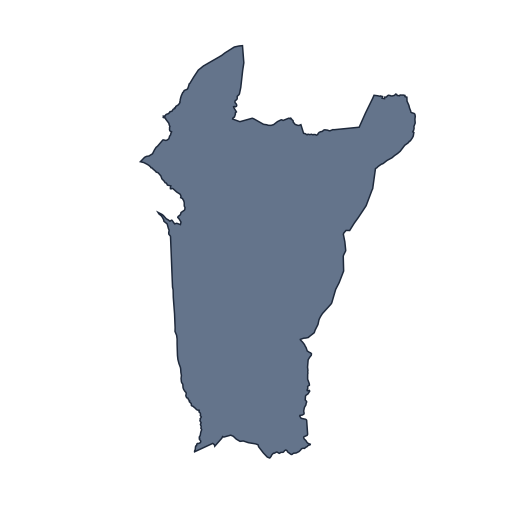 the district of Charapan, Michoacán, Mexico, rotated 191°
{"feature_id": "50627088B69294941658253", "entity_name": "Charapan", "entity_type": "district", "adm_level": 2, "iso_a3": "MEX", "parent_name": "Mexico", "parent_adm1": "Michoacán", "projection": "mercator", "projection_center": [-102.229, 19.697], "detail": "fine", "context": "isolated", "style": "filled", "palette": "slate", "viewbox_px": 512, "rotation_deg": 191, "n_neighbors": 0, "source": "geoboundaries", "source_scale": "gbopen_adm2", "svg_char_len": 6053}
<svg xmlns="http://www.w3.org/2000/svg" viewBox="0 0 512 512"><g transform="rotate(191 256 256)"><path d="M166.8,81.6L168.7,81.9L170.1,82.5L171.9,84.4L173.8,85.6L174.5,86.6L174.6,87.3L174.3,87.8L171.6,89.7L171.3,90.9L174.9,104.3L175.3,104.8L176.2,105.2L180.7,105.3L182.6,107.2L182.5,107.9L180.2,108.7L178.8,110.0L178.8,110.9L179.6,112.9L179.6,115.8L179.5,116.9L178.6,119.3L178.7,121.0L178.4,122.3L178.6,122.9L180.2,124.1L180.7,128.0L180.2,129.0L178.7,130.5L177.5,133.5L177.8,134.1L178.2,134.3L179.6,133.6L180.0,133.6L180.3,134.2L179.9,136.0L180.4,137.7L180.0,138.4L179.1,139.1L178.9,139.5L179.5,141.1L181.8,144.9L182.7,149.6L182.7,150.8L183.2,152.5L183.2,153.6L184.2,156.7L185.0,164.1L184.0,166.8L182.8,169.1L182.9,170.6L183.8,171.3L185.2,171.6L187.6,172.6L189.4,175.7L190.7,177.1L191.5,178.3L193.9,180.4L196.0,181.8L196.5,182.2L196.6,182.6L193.5,184.4L191.4,185.0L188.9,186.1L188.8,186.5L184.2,191.8L183.8,194.6L182.1,200.6L182.0,205.5L181.5,207.6L180.8,209.7L179.8,212.2L173.2,223.1L172.7,224.4L171.4,238.5L169.3,245.7L167.1,258.0L170.3,272.4L170.2,273.6L169.0,278.0L169.0,278.6L171.5,286.9L174.4,294.0L174.2,295.3L172.5,298.3L168.9,298.9L165.9,306.8L163.0,313.1L157.5,326.3L154.7,342.8L154.3,344.3L155.4,364.6L154.0,365.9L153.3,367.1L150.2,370.3L149.5,370.5L148.7,371.2L145.5,374.9L141.2,378.4L139.1,381.1L136.6,383.6L134.4,386.4L131.1,393.1L128.3,396.0L127.5,397.4L127.4,397.9L126.5,398.4L125.0,401.9L124.5,403.7L124.6,407.4L125.8,407.8L125.2,409.7L125.2,411.6L125.7,413.3L125.1,416.9L126.1,420.6L126.3,423.5L127.1,425.5L128.0,426.1L130.6,426.4L131.5,426.8L131.8,427.8L133.5,430.5L134.7,433.1L137.3,436.8L138.2,440.7L140.0,440.8L140.3,441.1L140.4,442.0L141.8,442.1L145.3,441.5L145.7,440.7L148.0,440.5L148.8,441.5L149.8,441.6L150.7,440.1L153.0,439.0L154.5,438.9L154.7,439.1L156.5,439.1L156.8,439.0L157.6,438.2L158.3,436.9L159.9,436.6L159.8,435.0L162.3,434.9L162.2,436.7L164.4,436.8L164.5,436.4L167.1,436.5L170.8,436.3L171.6,432.8L175.8,417.2L179.3,402.1L203.3,394.9L204.7,394.7L207.3,393.0L208.0,392.9L209.9,393.2L212.6,393.0L213.7,392.4L214.6,391.0L216.1,390.4L217.5,389.5L218.4,388.1L218.6,387.0L219.8,386.1L220.8,386.5L222.5,386.3L223.0,385.9L223.9,385.9L224.8,386.1L226.4,385.4L228.0,385.5L228.5,385.3L228.7,384.9L229.3,384.8L231.1,385.5L232.7,385.5L237.0,393.5L238.7,392.4L239.7,392.2L242.4,392.6L243.1,392.9L244.0,393.8L244.8,394.2L245.5,396.0L246.3,396.4L248.1,397.9L248.3,397.3L248.6,397.2L249.6,397.6L250.2,397.5L255.3,394.2L256.6,394.6L257.3,394.5L260.6,392.0L263.7,388.4L266.1,387.1L269.2,386.6L270.4,386.9L273.7,386.7L284.5,390.3L286.0,390.5L297.2,384.9L297.7,384.8L305.1,386.0L305.1,386.7L304.3,387.9L303.7,388.2L303.3,391.2L303.6,392.6L302.7,393.7L306.1,397.4L306.5,398.3L305.8,398.6L304.8,398.5L303.9,399.1L303.6,399.8L303.9,400.8L304.7,401.8L305.7,402.4L306.1,403.2L306.1,404.0L305.9,404.7L305.4,405.1L304.6,406.2L304.5,407.0L304.9,409.2L303.5,411.1L303.2,412.1L303.1,418.4L304.5,435.8L304.8,443.3L309.4,459.9L312.8,458.9L317.2,457.0L325.1,449.6L327.9,446.4L343.8,432.6L348.1,427.5L351.3,419.8L353.9,412.7L354.4,412.3L354.7,408.9L355.0,407.3L355.5,406.4L357.9,404.9L358.3,404.2L358.4,403.3L359.1,402.5L359.9,399.0L360.1,397.3L360.2,394.8L360.0,393.7L360.2,392.7L359.9,392.1L361.0,389.7L363.3,387.5L363.4,386.4L363.8,385.4L364.3,385.6L364.6,384.6L365.3,384.2L366.2,382.0L368.0,381.3L368.0,380.7L369.2,379.0L371.1,377.9L371.6,377.2L372.1,375.7L372.9,375.9L373.7,375.6L373.5,375.3L373.5,374.3L371.1,374.0L370.8,373.2L366.9,369.7L366.2,368.1L365.2,366.7L365.4,365.7L365.2,365.1L365.1,363.9L364.6,362.7L364.1,362.2L362.6,361.9L362.6,361.4L362.9,360.7L363.0,358.4L363.7,357.2L363.9,354.5L365.3,352.9L366.5,352.2L369.0,352.3L369.6,352.1L373.6,345.0L374.8,343.6L375.9,340.8L377.1,336.6L380.2,333.7L382.5,332.9L384.2,331.6L387.5,326.5L383.9,326.3L380.5,325.3L378.6,324.6L376.4,323.3L376.1,322.7L374.5,322.4L374.0,321.9L370.7,320.0L370.0,319.3L368.1,319.1L364.7,316.5L363.1,313.8L360.4,311.9L359.2,310.6L357.8,310.4L356.5,308.7L353.0,308.6L353.1,306.4L352.8,305.7L352.1,305.7L351.4,306.3L350.2,306.2L346.1,303.7L342.3,302.2L341.5,301.2L341.0,300.1L341.1,298.9L339.2,298.4L337.4,296.3L336.6,294.6L336.1,291.9L335.7,290.9L334.9,290.1L334.8,287.9L335.1,287.2L337.9,284.4L337.9,283.2L338.3,281.8L340.0,279.9L340.1,279.3L340.1,278.8L338.9,278.1L336.1,275.0L336.2,272.4L340.0,273.0L342.0,272.0L345.2,275.0L345.9,275.0L346.8,274.0L347.2,273.8L349.3,274.8L351.2,275.4L354.7,278.1L356.3,278.9L360.5,280.1L359.2,278.7L356.8,277.5L355.3,276.1L353.6,274.0L353.0,272.5L349.3,270.5L347.3,266.4L346.2,264.7L346.1,261.9L345.6,260.6L344.1,259.5L343.6,258.7L332.0,209.5L330.9,207.0L329.3,199.6L324.9,183.6L321.7,170.1L321.1,166.5L318.8,163.0L317.6,159.4L316.6,154.3L314.1,143.3L312.9,139.5L311.1,135.7L309.0,132.3L308.4,130.8L307.5,127.3L306.4,124.5L306.2,121.5L305.2,118.2L304.5,117.2L303.4,116.2L302.5,112.8L301.6,111.3L299.8,109.4L298.8,108.8L298.3,107.9L298.2,105.4L297.3,104.0L296.9,103.6L295.7,103.4L294.8,102.0L293.5,101.1L293.7,100.3L291.4,98.8L290.9,96.9L290.3,96.6L289.3,96.5L286.6,95.0L285.1,93.9L284.0,93.6L282.3,93.7L282.2,92.1L281.1,91.5L280.3,90.4L280.2,88.7L279.0,87.7L279.1,87.0L279.8,85.6L279.5,85.1L279.6,83.6L278.1,81.9L278.4,79.9L277.3,78.4L277.2,76.3L276.6,75.8L276.2,75.1L276.6,72.5L276.5,69.1L277.1,67.7L277.0,66.8L276.5,66.4L276.8,65.8L276.6,65.3L274.9,63.8L274.8,62.9L275.1,62.1L275.7,61.6L276.6,61.0L277.5,60.9L278.0,60.5L278.2,59.7L278.2,58.5L278.7,58.3L279.0,57.2L278.7,54.6L279.1,52.7L278.9,52.1L262.7,63.8L260.8,62.8L260.2,61.4L254.8,70.6L254.3,72.4L253.1,72.1L246.6,75.3L243.9,74.7L240.5,72.5L236.3,71.0L233.2,72.0L227.9,71.3L220.6,71.5L218.0,71.1L217.0,69.2L211.2,64.1L206.6,60.8L204.1,60.3L203.8,60.5L203.0,62.1L202.5,63.9L201.5,65.4L201.1,65.8L200.2,66.0L198.6,67.4L197.7,67.5L195.6,66.7L195.0,67.1L194.1,68.0L192.2,68.4L191.6,68.8L190.8,70.3L189.9,71.2L188.9,71.1L188.3,70.7L187.7,69.8L185.0,68.5L183.6,67.9L182.8,68.1L181.6,69.5L179.0,70.3L176.5,72.2L175.3,73.9L174.7,75.1L174.1,75.8L172.9,76.3L171.6,76.4L170.8,77.6L169.5,78.6L168.8,79.8L166.8,81.1L166.8,81.6Z" fill="#64748b" stroke="#1e293b" stroke-width="1.5"/></g></svg>